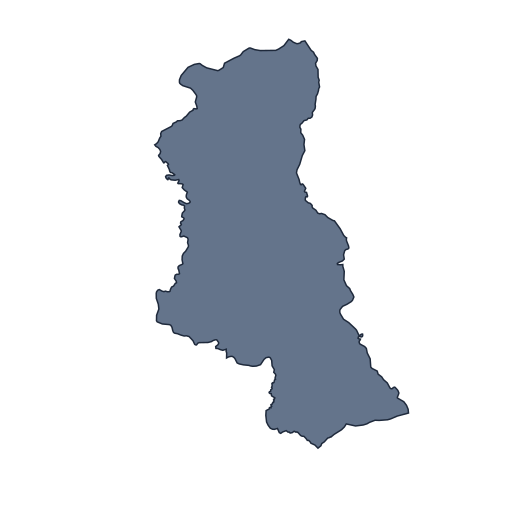 the district of Liquidoe, Aileu, East Timor, rotated 74°
{"feature_id": "22284137B83063719556593", "entity_name": "Liquidoe", "entity_type": "district", "adm_level": 2, "iso_a3": "TLS", "parent_name": "East Timor", "parent_adm1": "Aileu", "projection": "orthographic", "projection_center": [125.722, -8.733], "detail": "fine", "context": "isolated", "style": "filled", "palette": "slate", "viewbox_px": 512, "rotation_deg": 74, "n_neighbors": 0, "source": "geoboundaries", "source_scale": "gbopen_adm2", "svg_char_len": 6113}
<svg xmlns="http://www.w3.org/2000/svg" viewBox="0 0 512 512"><g transform="rotate(74 256 256)"><path d="M121.2,322.7L123.0,322.0L124.9,320.1L127.0,319.1L129.1,318.8L131.1,319.9L132.4,321.9L133.5,321.9L137.1,320.2L141.0,319.1L141.1,318.5L140.4,317.6L140.3,316.8L143.0,315.0L143.8,314.9L144.5,316.2L149.5,315.4L150.1,315.6L151.6,315.4L152.2,315.1L152.8,313.7L155.4,311.7L155.8,311.9L155.9,312.5L155.6,314.4L154.1,317.2L153.8,319.7L154.7,321.0L156.1,321.0L158.2,320.0L158.3,319.5L156.9,318.6L156.9,318.2L158.5,317.5L159.4,316.6L160.9,312.8L161.2,309.2L162.1,309.1L162.8,309.6L164.4,311.1L165.0,310.8L165.9,308.0L166.7,306.7L167.3,306.4L169.9,308.1L172.6,306.8L175.7,304.4L178.2,306.2L180.0,306.8L182.0,306.4L184.2,304.7L185.6,304.3L186.3,304.7L186.8,306.2L186.6,308.3L185.0,310.3L182.1,313.0L181.4,314.4L182.2,315.3L183.1,315.6L184.6,315.1L186.5,313.2L187.2,311.6L188.1,310.9L190.2,311.7L192.0,311.6L192.6,312.0L194.5,315.0L196.4,316.0L197.8,316.6L199.3,315.1L200.1,314.8L200.9,315.3L201.8,316.5L202.4,318.8L203.6,319.5L204.9,319.0L205.4,319.3L206.7,322.0L210.9,320.9L211.8,321.1L214.4,323.2L216.1,323.6L216.7,323.2L217.0,322.3L216.9,319.9L219.6,316.8L221.4,316.7L224.3,318.1L227.2,318.0L228.5,318.5L232.0,322.3L233.5,325.0L235.7,326.9L239.3,328.1L243.2,328.4L243.6,328.9L244.1,332.5L245.1,334.0L246.8,334.4L248.0,334.1L251.9,334.4L252.2,335.5L251.7,337.3L252.1,338.9L252.8,339.4L255.1,340.6L258.2,339.6L259.8,339.8L260.1,341.2L262.2,343.5L262.6,345.7L264.5,347.4L266.2,348.4L266.4,349.2L266.0,350.9L264.8,352.8L264.9,354.3L263.8,356.1L261.6,358.2L261.8,359.9L263.1,361.5L264.4,362.2L269.2,363.5L275.4,363.2L280.2,364.0L285.6,367.9L290.8,369.5L292.1,369.1L295.5,364.8L298.1,358.1L299.1,357.0L301.4,356.4L304.8,356.6L306.8,356.3L307.8,355.4L309.1,352.8L311.3,350.0L313.1,347.1L313.5,344.9L315.0,342.5L320.1,339.9L324.0,339.3L324.9,338.4L325.1,337.7L323.8,336.0L323.6,334.6L325.9,326.0L326.0,322.3L325.5,321.0L325.3,318.3L325.7,316.9L328.7,315.8L329.9,316.1L330.9,317.2L331.9,319.7L333.8,320.0L334.5,318.1L336.1,316.2L337.5,313.9L337.4,310.3L339.5,311.0L341.1,310.9L345.9,312.4L345.4,310.1L345.6,307.5L346.1,306.3L347.5,305.1L348.9,304.5L353.6,303.6L355.1,301.9L357.2,298.0L359.3,292.7L360.0,291.9L361.1,289.6L361.9,286.0L361.7,281.6L357.6,276.8L356.5,274.4L356.7,271.6L357.6,270.4L360.7,269.7L366.0,270.8L370.3,269.7L372.7,271.0L374.8,269.9L376.1,269.8L378.7,271.4L379.8,271.2L380.3,272.4L382.5,273.6L382.7,274.1L382.4,274.8L383.0,275.3L382.9,275.8L385.4,276.3L386.6,277.3L387.5,276.9L388.2,277.4L388.7,278.7L390.0,279.2L390.2,280.5L390.7,281.0L391.3,281.0L392.1,280.4L392.5,279.3L394.7,279.6L397.5,277.0L398.2,277.4L398.6,278.5L399.3,278.2L400.5,279.3L401.1,279.0L401.6,279.7L401.7,280.5L402.8,281.3L403.0,282.6L403.8,282.7L404.7,282.3L405.2,283.3L405.9,283.4L405.4,284.5L405.6,285.0L406.6,285.2L407.4,288.9L412.0,290.5L418.5,291.6L422.0,291.0L425.5,289.7L427.0,288.0L427.7,286.2L427.7,282.9L432.2,282.3L433.3,281.1L432.5,278.9L432.2,275.1L434.1,273.8L434.5,272.5L435.6,272.0L435.8,269.8L435.0,267.8L435.2,267.2L436.1,266.7L436.1,265.9L436.8,265.1L436.8,264.5L440.8,262.6L441.9,261.4L442.6,259.6L445.3,258.2L447.4,257.5L447.8,256.2L449.3,255.3L451.1,254.8L453.9,251.5L457.8,249.4L456.3,245.9L454.4,244.5L453.5,241.6L450.8,237.3L450.8,235.6L450.4,234.2L450.7,233.9L449.0,230.1L446.6,221.7L444.7,218.2L442.3,215.5L446.8,207.2L448.0,199.5L447.9,195.5L447.2,192.8L446.7,186.8L448.0,182.9L449.7,174.6L449.7,171.5L448.8,164.4L449.0,152.7L445.2,152.0L441.0,152.5L436.8,154.1L431.5,159.2L430.8,159.1L427.5,156.6L426.8,156.4L424.3,156.7L423.0,157.3L420.6,158.5L420.2,159.1L420.3,160.4L421.0,161.3L420.9,162.6L420.5,163.1L419.7,163.6L414.2,164.8L410.0,167.5L406.8,168.5L403.2,171.2L400.0,171.2L396.1,175.4L394.4,176.3L386.3,174.6L379.9,175.8L375.2,175.4L373.0,176.5L369.3,180.3L367.8,180.7L366.3,180.3L365.8,179.4L364.7,178.5L363.9,180.1L363.2,180.6L362.0,179.9L361.9,178.7L362.9,177.0L362.7,175.9L361.5,175.2L360.4,175.1L360.2,176.3L360.9,178.1L360.8,178.9L355.1,179.8L353.5,180.5L345.6,185.2L340.9,189.3L335.2,190.8L333.6,191.0L331.8,190.6L330.7,190.0L328.9,187.6L328.2,186.4L327.5,181.9L326.1,177.0L325.2,175.5L322.4,173.2L319.7,173.5L315.4,174.7L313.1,174.9L309.5,177.2L303.9,178.0L303.1,178.1L295.1,175.4L289.9,175.4L288.1,174.9L287.8,176.9L286.7,180.0L285.6,179.9L285.0,178.4L284.6,174.3L283.3,172.0L279.0,171.5L275.4,169.3L274.6,167.9L274.6,165.7L274.2,164.8L273.4,164.4L271.6,164.3L266.4,164.8L265.0,164.6L263.5,163.9L262.8,164.7L260.4,166.0L253.0,167.6L243.8,170.9L243.1,172.2L238.8,176.4L235.3,178.3L233.1,181.4L233.0,183.1L231.8,184.8L228.5,185.8L225.4,188.3L224.2,188.5L222.8,188.1L221.1,188.9L220.2,189.5L219.3,191.1L216.3,193.1L215.7,193.2L213.5,192.4L212.7,191.6L213.3,190.6L212.7,189.9L208.8,189.9L208.1,191.3L207.1,191.6L204.6,189.5L200.1,191.0L199.4,191.8L200.0,192.6L199.6,193.5L197.3,193.7L194.3,193.5L187.3,194.2L184.4,192.8L179.9,188.7L172.2,183.8L168.2,180.0L162.1,179.2L157.3,177.2L152.8,177.8L149.8,179.0L146.4,177.9L144.3,178.4L142.6,177.7L141.7,177.1L141.1,175.4L139.1,172.5L139.2,169.6L138.0,167.8L138.5,166.1L137.8,164.0L136.0,162.7L133.8,162.4L133.3,162.0L131.2,159.2L130.4,158.5L128.3,157.6L126.6,157.4L121.9,155.2L119.2,154.3L117.1,152.2L114.1,150.3L112.6,149.7L111.0,148.3L106.2,147.8L104.4,146.8L101.3,147.0L93.8,145.0L89.8,146.0L87.1,145.6L85.0,143.3L82.9,142.5L78.2,144.2L76.0,144.5L73.5,146.3L62.7,149.7L62.4,153.4L63.3,154.4L63.4,155.8L63.4,157.4L63.0,158.5L60.8,161.2L58.2,163.1L56.7,164.8L61.5,171.2L63.3,177.2L63.8,180.3L59.7,195.3L57.3,200.3L54.5,204.1L54.2,205.3L56.0,211.9L58.6,215.4L59.0,216.7L59.8,222.7L62.0,233.1L65.8,235.5L67.3,240.6L67.3,241.7L61.5,251.6L58.0,255.1L55.8,256.7L55.3,257.5L54.8,262.5L55.9,269.3L61.8,278.1L65.5,281.0L67.8,281.7L68.8,281.7L70.0,281.1L72.1,279.4L76.6,272.7L79.2,271.1L84.2,269.2L85.6,268.9L86.8,269.2L91.2,271.9L95.6,271.6L98.1,271.9L98.1,273.0L97.2,275.0L97.7,276.0L98.5,276.3L99.4,280.1L102.4,284.5L103.1,286.6L104.9,289.6L105.0,291.6L104.4,294.3L105.1,295.5L105.7,299.2L107.5,300.6L108.1,301.5L110.3,312.4L112.1,313.9L114.7,314.4L116.0,316.0L119.3,318.6L120.6,320.7L121.2,322.7Z" fill="#64748b" stroke="#1e293b" stroke-width="1.5"/></g></svg>